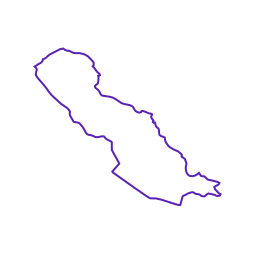 the Department of Jinotega, rotated 100°
{"feature_id": "NIC-656", "entity_name": "Jinotega", "entity_type": "Department", "adm_level": 1, "iso_a3": "NIC", "parent_name": "Nicaragua", "parent_adm1": "", "projection": "equal_earth", "projection_center": [-85.491, 13.798], "detail": "fine", "context": "isolated", "style": "outline", "palette": "violet", "viewbox_px": 256, "rotation_deg": 100, "n_neighbors": 0, "source": "natural_earth", "source_scale": "10m", "svg_char_len": 2727}
<svg xmlns="http://www.w3.org/2000/svg" viewBox="0 0 256 256"><g transform="rotate(100 128 128)"><path d="M171.2,32.8L173.2,31.6L176.5,27.2L177.1,25.4L177.6,25.5L178.3,25.7L178.5,25.9L178.8,26.2L179.0,26.7L179.2,27.2L179.4,28.0L179.4,28.9L178.9,30.7L178.8,31.4L178.8,32.2L178.8,32.8L178.6,34.1L178.5,34.8L178.6,35.9L178.5,37.1L178.6,37.5L178.7,37.8L180.0,39.1L181.4,40.1L181.8,40.6L182.2,41.4L182.3,42.4L182.2,43.7L181.1,46.0L181.0,46.8L181.1,49.6L181.0,50.3L180.2,52.0L180.0,52.8L180.1,53.7L180.4,54.6L182.1,57.6L183.7,59.6L185.1,61.7L185.6,62.1L186.2,62.4L194.7,63.1L195.0,64.9L194.8,67.9L192.8,82.5L192.5,88.4L193.3,93.1L193.2,94.6L192.3,97.0L186.5,109.7L174.5,135.0L174.0,135.6L173.6,135.9L164.6,130.4L164.2,130.6L152.6,140.0L152.4,140.1L144.8,141.5L144.3,142.2L143.9,143.3L143.0,146.4L142.3,147.9L141.6,148.9L140.6,149.8L140.5,150.6L140.6,151.7L141.3,153.9L142.0,155.3L142.4,157.0L142.6,158.2L141.6,162.2L141.5,164.5L141.6,165.1L141.4,166.3L141.1,167.3L140.1,168.5L134.9,172.8L132.0,176.3L131.4,177.9L131.4,182.5L126.1,187.0L124.3,187.9L122.1,187.9L120.1,189.7L118.7,191.7L117.4,194.7L115.7,198.4L108.8,209.1L105.2,213.2L104.2,214.0L99.8,218.9L94.4,225.6L92.3,227.6L91.3,228.0L90.1,228.2L86.7,228.0L85.6,228.3L85.1,228.6L83.8,230.6L80.6,227.3L79.1,225.3L77.7,224.3L76.9,223.8L75.6,223.8L75.1,223.8L73.6,221.4L69.5,218.2L62.3,208.8L61.7,207.4L61.0,205.6L62.2,203.2L62.4,201.1L62.2,199.5L63.6,194.2L62.7,188.7L62.8,186.0L63.0,183.8L63.6,181.9L64.4,179.9L67.9,175.0L69.4,173.3L70.9,172.9L72.3,172.8L73.4,173.5L74.3,172.1L78.0,168.3L78.9,166.8L79.8,165.3L80.9,164.8L81.9,166.4L82.8,165.9L87.8,165.3L89.4,165.5L90.5,166.3L91.3,167.2L92.2,167.8L93.4,167.6L94.1,167.0L95.7,164.0L97.8,162.0L99.6,160.8L100.6,159.1L100.4,151.6L100.7,148.4L101.6,145.4L104.4,139.3L104.8,137.7L105.0,136.0L105.2,130.0L105.8,127.9L106.7,126.5L109.0,124.6L109.2,124.4L109.9,123.6L110.7,121.6L110.9,119.6L110.3,118.1L108.9,117.5L108.6,116.4L109.0,114.0L109.9,110.1L110.0,107.3L110.5,106.6L111.5,106.9L113.1,107.1L114.4,106.3L116.3,104.2L117.1,104.5L117.7,104.5L117.6,103.9L117.8,103.7L118.0,103.7L118.3,103.6L118.0,102.3L121.3,100.9L122.3,99.7L123.2,97.9L125.2,97.0L126.0,96.8L127.6,96.5L129.4,95.7L130.3,93.9L130.5,91.9L131.0,90.2L134.4,89.0L136.0,87.8L138.5,85.3L139.6,83.5L140.6,81.0L141.4,78.6L142.1,75.3L143.0,73.3L144.1,71.5L145.0,70.3L145.4,70.2L146.4,70.4L146.8,70.3L147.1,69.9L147.4,69.0L148.0,67.9L148.4,67.0L148.9,66.3L149.8,66.0L152.1,64.6L153.1,64.3L156.7,64.3L159.0,63.8L161.4,62.7L163.3,61.2L164.4,59.1L164.3,56.2L163.1,53.6L161.4,51.6L159.9,50.3L162.5,47.7L162.6,46.9L162.4,44.9L162.5,44.1L164.6,41.1L165.0,40.3L165.2,33.8L165.6,30.3L166.3,28.5L168.1,29.1L169.6,31.2L171.2,32.8Z" fill="none" stroke="#5b21b6" stroke-width="2"/></g></svg>